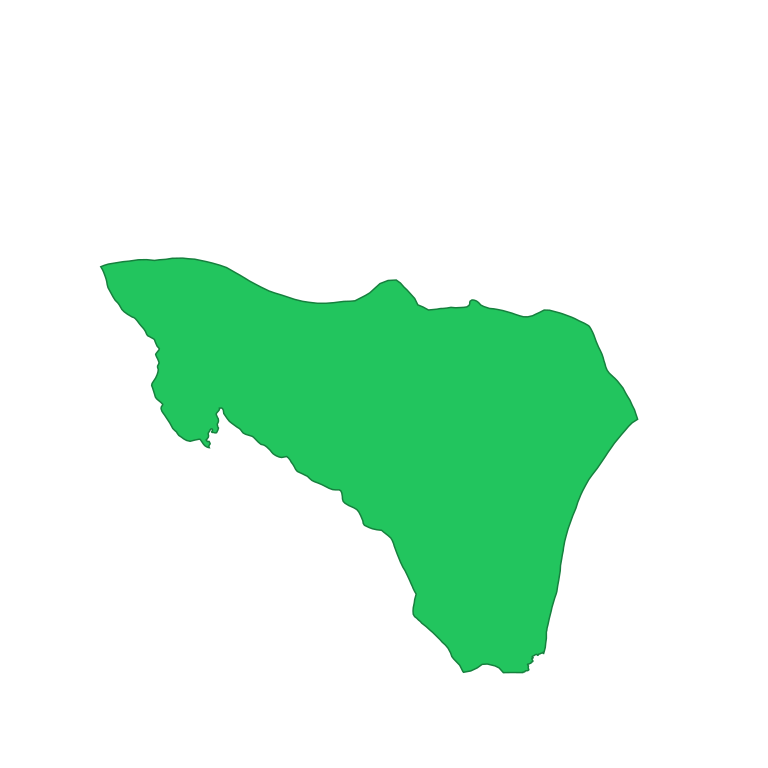 Vilabuly, Savannakhét, Laos (orthographic projection), rotated 219°
{"feature_id": "54806243B77256668678203", "entity_name": "Vilabuly", "entity_type": "district", "adm_level": 2, "iso_a3": "LAO", "parent_name": "Laos", "parent_adm1": "Savannakhét", "projection": "orthographic", "projection_center": [105.936, 16.913], "detail": "fine", "context": "isolated", "style": "filled", "palette": "green", "viewbox_px": 768, "rotation_deg": 219, "n_neighbors": 0, "source": "geoboundaries", "source_scale": "gbopen_adm2", "svg_char_len": 6068}
<svg xmlns="http://www.w3.org/2000/svg" viewBox="0 0 768 768"><g transform="rotate(219 384 384)"><path d="M124.7,341.4L128.5,348.0L129.6,349.9L132.6,354.0L135.8,359.8L137.6,362.9L140.0,367.5L141.5,369.8L143.0,372.6L144.5,375.3L147.0,380.8L149.0,385.4L150.0,387.8L154.5,400.7L156.7,408.3L159.1,414.3L160.3,418.4L161.3,421.6L162.4,426.1L163.6,432.2L164.7,438.6L165.0,443.8L165.1,447.4L165.2,452.5L165.8,460.1L166.4,467.0L166.9,471.6L167.3,477.6L167.7,483.0L167.6,494.3L167.4,499.9L167.3,505.0L166.7,510.2L164.7,516.2L166.7,517.5L170.2,519.7L173.1,521.6L177.6,523.6L182.7,526.2L187.3,527.8L190.7,529.1L195.8,531.3L204.4,533.2L208.3,533.7L210.6,533.8L215.8,534.2L219.2,535.1L222.4,536.8L225.1,538.8L227.6,540.4L230.3,542.4L233.3,544.3L236.7,546.0L240.5,547.7L245.8,550.5L251.7,554.1L254.4,555.5L257.8,557.0L260.7,558.0L262.2,558.0L266.5,557.3L272.4,555.8L276.9,554.9L280.2,554.0L289.4,550.9L292.2,549.8L301.8,545.5L306.1,542.2L308.2,537.4L310.1,533.6L311.5,530.5L314.6,526.6L317.9,524.0L321.2,522.5L325.6,520.8L329.1,519.6L337.8,515.9L342.6,513.4L346.0,511.5L349.6,509.1L355.2,507.0L358.4,506.3L361.8,506.8L364.3,506.7L366.2,506.1L367.2,505.6L368.5,504.7L368.8,503.8L369.2,502.5L368.7,501.3L367.9,500.4L367.4,498.8L368.1,496.1L370.2,493.8L373.3,491.0L376.3,488.3L380.2,485.7L382.8,482.7L385.4,480.1L387.7,478.1L390.0,475.4L396.0,469.5L402.1,468.4L407.5,466.8L414.0,469.8L425.5,471.6L429.5,471.9L434.7,472.8L439.9,472.5L446.0,467.0L450.3,459.5L451.5,452.0L452.4,445.9L454.2,441.0L458.9,430.4L462.3,427.1L467.2,422.9L474.4,415.4L479.8,410.3L486.6,404.8L494.0,400.1L499.3,397.0L506.5,393.6L519.0,388.9L526.6,385.8L532.0,383.9L541.0,381.8L547.0,380.6L553.3,379.4L562.4,378.2L579.6,375.4L586.1,373.1L593.6,369.9L599.5,367.1L609.6,361.9L614.3,358.6L619.7,355.1L627.8,348.3L631.9,343.7L636.8,339.1L640.1,335.6L646.8,331.2L653.1,325.9L659.5,319.0L663.5,315.1L666.3,312.0L673.7,303.7L676.0,300.3L677.9,296.9L674.7,295.7L672.3,294.5L668.4,292.2L665.9,290.6L663.8,289.0L661.7,287.1L659.1,285.2L649.4,281.2L645.6,279.9L641.9,279.5L639.6,278.9L634.7,277.0L631.5,276.6L627.2,276.8L621.8,277.6L620.3,278.2L618.7,278.3L616.0,277.9L612.1,276.9L608.6,276.2L605.5,275.7L602.4,274.7L599.8,273.3L598.1,272.8L591.3,274.1L590.1,273.9L588.7,273.0L586.5,271.8L584.1,270.6L582.2,270.3L580.8,270.0L580.4,269.0L580.3,264.1L580.0,263.2L578.1,262.1L575.4,260.9L573.3,259.7L572.0,258.8L571.6,257.1L571.3,255.5L570.5,254.5L568.5,253.2L567.2,251.0L566.2,248.5L565.3,245.1L564.6,238.5L563.6,236.6L561.8,235.6L556.2,231.9L553.5,230.0L551.5,229.4L549.1,229.3L546.0,229.3L543.2,229.0L542.9,228.4L542.6,225.9L541.7,224.5L539.5,223.1L537.1,222.3L535.1,221.8L525.9,218.9L522.8,217.6L520.2,216.5L517.4,216.2L514.8,216.1L513.8,215.6L511.1,214.9L508.0,215.2L505.1,215.3L501.9,215.9L498.6,217.5L495.8,221.3L492.9,224.8L492.0,225.3L486.7,223.7L484.6,223.3L482.4,223.5L480.7,224.0L479.7,224.6L480.4,225.0L480.9,225.4L481.2,225.9L481.3,226.3L481.4,227.8L481.6,228.2L481.8,228.4L483.3,229.1L483.6,229.2L483.9,229.3L484.2,229.0L484.7,228.4L485.1,228.2L486.3,228.4L486.8,228.5L487.1,228.9L486.8,229.3L486.9,229.6L487.0,231.6L487.1,232.2L487.3,232.6L487.9,233.5L488.2,233.8L488.8,234.2L489.4,234.7L489.7,235.4L489.9,237.0L489.9,237.8L490.3,239.1L490.2,239.6L490.1,240.3L489.8,240.6L489.5,240.8L489.1,240.8L488.7,240.7L488.3,240.3L488.0,239.8L488.0,239.1L487.9,238.6L487.5,238.2L486.9,238.3L486.4,238.9L485.8,239.1L484.9,239.5L483.8,240.3L483.5,240.9L484.2,243.9L484.6,244.7L484.9,245.6L485.4,245.8L486.2,246.0L486.6,246.4L487.0,246.8L487.6,247.1L488.4,248.0L488.6,249.2L489.0,250.5L489.8,251.6L491.0,252.7L491.7,252.9L492.4,253.3L493.2,253.6L494.1,254.1L495.4,254.9L495.7,255.5L495.8,256.9L495.7,258.4L495.7,259.9L495.9,260.5L496.3,261.3L496.7,261.6L495.4,263.0L494.7,263.2L494.2,263.2L493.9,263.2L492.5,262.6L489.9,260.2L484.2,258.5L480.7,257.7L477.7,257.7L471.2,258.0L468.2,258.4L466.5,258.2L464.6,257.7L462.6,257.3L460.0,257.8L453.5,260.4L451.8,260.5L445.0,259.7L441.6,259.7L439.4,260.8L437.6,261.2L435.5,261.3L433.1,261.1L430.8,260.9L428.3,260.3L426.2,260.0L423.7,260.2L422.1,260.5L419.5,261.3L417.3,262.5L414.0,266.4L411.8,266.4L409.1,265.8L406.7,264.8L404.5,264.3L401.8,263.3L398.9,262.0L396.3,261.5L390.7,262.9L387.9,263.5L385.4,264.1L382.4,263.8L379.4,263.7L376.6,264.3L373.1,265.5L369.0,266.7L361.0,268.4L357.5,269.6L354.8,271.4L352.1,273.6L350.4,273.8L348.3,272.8L345.6,270.4L343.9,268.5L341.8,267.1L339.3,266.8L334.8,267.4L332.3,268.1L329.2,268.9L326.0,269.3L323.1,268.7L319.4,267.1L314.4,264.4L312.4,262.6L310.3,261.9L308.5,262.3L305.2,263.1L301.9,264.2L297.9,266.2L293.8,268.8L290.7,268.7L285.7,268.8L281.8,268.6L279.3,267.7L276.0,265.9L274.2,264.6L269.0,261.5L266.4,260.0L258.8,255.8L253.7,253.4L250.2,252.2L245.3,249.9L240.2,247.4L237.2,245.8L234.7,244.6L232.6,243.4L229.5,242.0L226.8,241.0L224.5,235.8L222.7,232.9L220.5,228.6L218.6,225.9L216.4,223.5L213.8,222.5L211.2,222.6L208.7,222.3L206.2,222.3L204.3,221.9L198.6,222.0L193.5,221.7L189.9,221.6L179.5,220.6L176.2,220.0L172.2,219.8L168.0,219.0L163.0,216.9L159.8,214.9L157.0,214.2L148.2,213.1L142.0,210.3L140.8,210.0L136.0,215.6L132.9,222.0L131.3,227.9L127.5,231.4L120.3,234.8L115.9,235.8L109.6,234.8L103.6,239.8L94.5,247.1L94.6,247.6L94.0,248.2L93.7,248.6L93.5,249.0L93.5,249.5L93.6,250.0L93.4,250.3L92.3,251.3L92.0,251.7L91.8,252.0L91.7,252.5L91.6,253.0L92.0,253.4L92.9,253.8L93.5,254.4L93.9,255.0L94.2,255.7L95.8,256.2L96.0,256.5L95.8,257.0L95.6,257.2L95.3,257.4L94.8,258.5L94.2,259.5L94.2,260.0L94.4,260.5L94.3,260.9L93.8,261.5L93.8,262.2L94.2,262.6L95.9,263.3L96.3,263.6L96.4,264.1L96.3,264.4L95.9,264.5L95.8,264.8L96.0,265.2L96.5,265.1L97.2,265.4L97.0,266.3L96.8,266.8L96.5,267.4L96.3,268.1L96.1,268.7L95.5,269.7L95.1,270.0L94.8,270.1L94.5,270.0L94.2,269.8L93.8,269.9L93.6,270.2L93.6,270.9L93.7,271.4L92.8,272.7L92.7,273.1L92.6,273.5L92.0,274.2L91.7,274.6L91.5,275.6L91.1,275.6L90.8,275.5L90.1,274.4L91.3,277.3L92.9,280.8L95.4,284.6L97.8,288.6L101.8,293.5L102.4,294.9L103.7,297.0L105.0,299.9L108.0,305.8L111.4,313.2L112.8,315.9L116.6,325.0L118.2,329.5L119.2,331.7L122.1,336.6L124.7,341.4Z" fill="#22c55e" stroke="#15803d" stroke-width="1.5"/></g></svg>